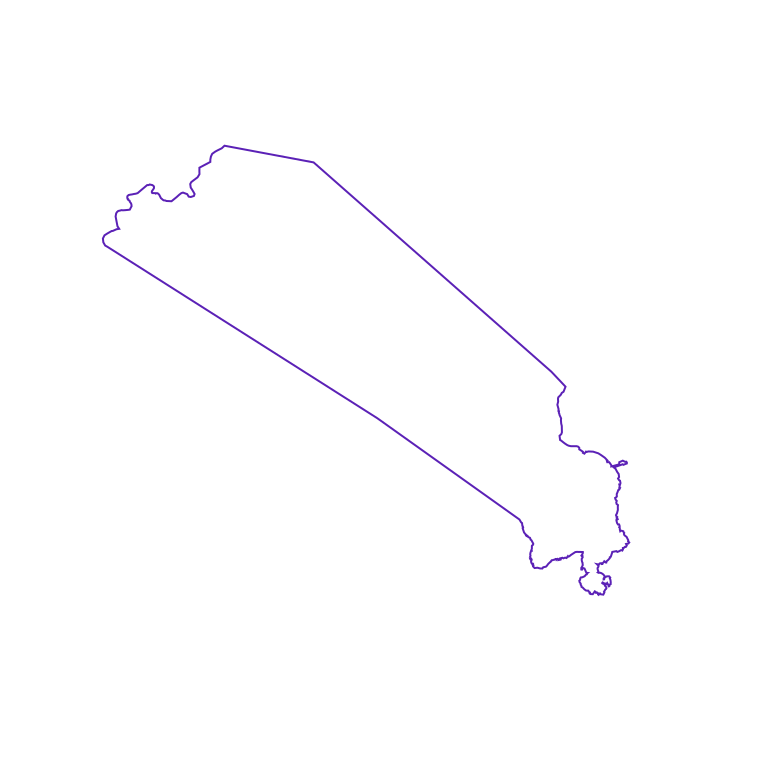 Ngchemiangel, Aimeliik, Palau (Natural Earth projection), rotated 239°
{"feature_id": "81905179B62716900655722", "entity_name": "Ngchemiangel", "entity_type": "district", "adm_level": 2, "iso_a3": "PLW", "parent_name": "Palau", "parent_adm1": "Aimeliik", "projection": "natural_earth1", "projection_center": [134.478, 7.454], "detail": "fine", "context": "isolated", "style": "outline", "palette": "violet", "viewbox_px": 768, "rotation_deg": 239, "n_neighbors": 0, "source": "geoboundaries", "source_scale": "gbopen_adm2", "svg_char_len": 5687}
<svg xmlns="http://www.w3.org/2000/svg" viewBox="0 0 768 768"><g transform="rotate(239 384 384)"><path d="M198.1,430.3L194.7,430.3L193.7,430.7L191.1,429.5L190.6,429.7L189.2,429.3L189.1,428.6L184.7,427.6L182.9,427.8L181.7,428.1L181.2,427.7L180.3,427.9L180.3,428.6L179.4,428.9L178.5,428.8L177.0,429.9L176.2,429.8L175.2,429.5L174.0,429.9L172.1,429.8L171.2,429.7L170.5,429.8L169.5,429.1L169.2,427.5L168.0,426.7L166.9,426.1L166.5,425.7L165.9,425.0L165.0,424.8L165.3,424.2L163.7,422.4L162.5,421.5L161.3,421.1L160.9,420.4L160.3,420.2L159.3,420.0L158.6,420.1L159.1,419.3L158.6,419.2L158.0,419.2L156.8,419.5L156.2,418.7L155.7,418.5L154.8,418.2L153.7,418.5L153.3,419.0L152.8,418.3L152.1,418.8L151.6,418.7L151.5,418.1L150.9,417.8L148.7,418.3L147.5,420.9L145.4,422.9L144.3,424.7L144.9,426.1L144.0,428.7L144.4,430.3L144.9,431.3L145.3,432.5L145.6,434.0L145.8,434.5L145.7,435.0L145.9,435.7L146.4,436.4L146.5,437.2L146.2,437.5L146.0,438.7L145.6,439.6L145.7,440.9L145.2,441.6L144.6,441.4L144.8,442.5L143.9,442.8L143.9,443.7L143.2,443.0L142.5,445.0L143.5,446.2L143.2,447.4L142.2,447.9L141.9,449.8L141.3,450.3L140.8,450.8L141.7,452.9L141.1,452.9L140.9,454.1L141.2,456.3L141.4,461.4L140.8,462.8L137.6,467.9L136.8,467.5L135.8,466.0L135.2,464.8L134.0,465.0L134.0,465.4L133.1,465.0L132.3,463.4L130.8,462.6L129.5,462.2L128.5,462.1L127.8,461.7L126.4,461.1L125.9,460.4L125.5,459.8L125.1,459.2L124.9,458.6L124.1,458.4L123.9,457.8L123.3,457.6L122.9,458.2L123.9,459.7L122.6,460.8L120.6,460.6L118.8,460.3L117.7,460.5L117.2,461.2L117.1,460.3L116.7,460.3L116.4,459.8L116.6,458.8L116.2,458.0L115.9,456.9L116.2,454.3L116.8,453.2L116.5,452.4L116.2,452.0L115.1,451.2L114.8,450.1L113.4,449.6L111.6,449.8L110.7,449.2L109.5,449.3L108.4,448.8L107.1,449.5L104.8,450.0L102.9,450.8L101.6,452.7L100.6,452.5L99.2,453.2L98.5,452.4L97.6,452.8L96.3,454.7L97.1,456.6L97.7,457.9L96.7,458.4L95.8,458.2L95.5,459.2L94.9,459.2L94.4,459.7L93.4,459.1L92.9,459.3L93.4,460.0L92.9,460.3L93.2,461.3L92.1,461.5L90.5,463.5L91.6,465.2L92.0,465.7L92.6,465.6L93.1,466.5L93.9,468.0L94.0,468.9L94.4,469.5L95.3,469.8L96.1,469.8L97.0,469.5L97.9,469.7L99.4,469.4L100.3,468.7L101.0,468.5L101.3,469.2L99.4,470.3L98.5,471.6L97.8,471.4L97.7,472.2L98.4,472.5L98.5,472.8L97.2,472.7L96.6,473.0L96.1,472.8L95.3,472.4L94.7,472.5L94.7,473.1L95.7,474.0L95.8,474.6L95.7,475.2L97.4,476.3L99.4,477.2L101.2,477.5L101.5,478.2L103.1,478.0L103.6,477.3L104.4,475.8L104.4,474.7L104.6,473.8L104.0,472.9L103.2,472.1L103.4,471.6L104.2,472.1L104.5,472.9L105.6,474.2L107.7,473.9L109.0,473.4L110.2,472.7L111.1,471.8L111.6,470.7L112.4,470.2L112.6,471.0L113.1,471.2L115.2,471.7L116.0,472.1L116.5,472.6L116.7,473.3L117.6,474.3L119.1,473.9L119.9,473.7L118.8,474.9L118.8,475.6L119.1,476.4L118.6,477.8L117.6,477.8L117.2,478.5L117.9,479.4L118.1,480.5L118.6,481.5L116.9,482.0L116.5,482.6L117.4,483.4L117.7,485.4L118.4,487.8L119.2,488.3L119.1,489.4L121.5,492.2L122.5,493.2L121.0,497.2L119.9,497.5L119.6,498.9L119.5,500.5L119.5,501.5L119.2,502.1L118.5,502.5L119.1,503.6L120.4,504.3L120.0,505.5L120.3,506.6L119.8,507.3L120.5,508.9L122.2,509.1L121.4,511.3L121.9,512.6L123.5,512.2L124.2,512.9L125.8,513.0L128.0,513.2L130.5,512.2L131.9,512.4L132.6,513.2L133.3,513.0L134.5,513.3L135.3,512.6L136.4,511.5L136.2,510.7L137.6,511.1L139.2,512.0L140.1,511.8L140.7,512.8L142.5,513.2L143.1,512.2L144.9,512.2L146.6,512.7L147.7,513.1L147.7,514.7L148.5,514.8L148.7,514.2L149.7,514.6L150.0,515.4L151.1,515.1L152.1,515.3L153.2,517.1L155.6,519.6L158.4,521.2L159.7,522.2L161.4,521.6L162.9,522.1L163.9,523.3L165.7,523.0L167.3,523.4L167.3,524.3L167.6,525.6L169.8,526.8L171.1,528.6L172.4,530.1L172.3,531.2L173.3,532.7L173.8,532.2L175.2,533.5L176.6,533.9L176.2,534.5L177.3,535.7L179.6,536.5L180.3,536.0L182.4,535.9L183.2,537.6L186.0,538.8L188.6,538.6L192.0,538.8L194.2,538.0L192.8,544.5L192.3,547.2L191.4,547.6L191.1,549.7L190.8,551.2L191.5,551.7L192.6,551.7L193.1,550.6L195.3,549.2L195.8,545.4L194.0,544.2L195.8,537.8L196.3,536.4L197.0,537.0L199.7,536.9L201.1,536.7L202.0,535.1L203.5,535.5L203.5,536.1L207.1,535.3L211.2,533.5L214.2,532.0L218.3,528.4L220.9,524.5L221.4,522.6L222.0,522.3L221.1,519.9L222.6,519.0L223.5,519.6L225.9,518.5L227.4,517.7L228.7,518.5L230.2,518.2L231.5,517.1L234.4,512.2L236.0,510.5L237.3,509.6L239.8,508.4L241.8,507.6L244.3,506.7L245.3,506.1L249.2,507.8L249.7,510.1L250.9,511.6L256.5,514.8L258.8,515.5L262.0,517.1L263.3,518.1L267.0,518.5L268.4,519.0L269.2,519.0L270.5,520.0L271.0,519.6L272.6,520.7L276.9,521.9L279.2,524.2L281.7,525.5L282.8,526.5L283.7,530.0L284.8,531.8L284.9,533.9L288.2,538.2L308.3,533.8L610.2,437.8L670.4,370.0L669.6,366.3L670.0,361.6L670.1,359.0L669.8,355.3L668.1,352.8L665.9,350.8L663.8,349.5L664.5,337.2L661.4,335.3L658.9,333.9L657.2,330.7L656.6,325.1L656.3,322.7L655.2,320.9L651.9,319.5L649.6,319.6L646.5,319.6L644.4,319.5L643.1,317.9L643.8,314.7L645.2,313.1L648.1,313.1L649.7,311.8L651.6,310.3L652.0,308.6L651.7,306.0L651.0,302.4L650.1,296.0L652.9,291.8L654.1,290.9L654.7,289.9L655.8,289.3L657.1,288.9L658.2,288.5L662.2,288.8L664.1,288.2L664.9,287.0L664.8,286.4L665.5,286.1L667.0,283.7L668.1,283.8L668.8,284.4L670.2,287.5L671.4,288.4L672.4,288.5L673.8,287.9L675.7,285.9L675.7,284.8L676.5,283.5L675.3,275.9L674.5,271.1L675.0,269.1L675.6,267.7L676.3,265.6L677.0,264.0L677.5,262.4L677.2,260.9L676.5,260.2L675.1,259.6L674.4,259.9L674.0,259.5L673.3,259.7L672.2,260.3L671.3,260.0L669.0,260.2L667.6,259.8L666.3,259.1L665.6,257.8L664.4,256.0L664.7,255.1L665.4,253.6L666.4,251.5L667.4,249.6L668.3,248.4L668.5,247.4L669.2,245.3L668.9,243.7L668.2,242.3L665.8,240.2L656.5,236.8L653.4,236.9L654.4,234.5L654.9,230.3L655.4,229.4L655.5,224.5L655.4,221.0L653.5,218.0L650.0,216.4L646.3,216.3L644.2,217.5L358.2,360.6L198.1,430.3Z" fill="none" stroke="#5b21b6" stroke-width="2"/></g></svg>